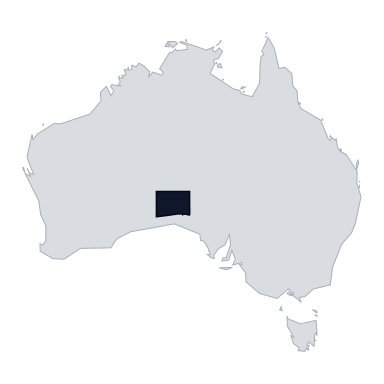 location of Maralinga Tjarutja, South Australia, Australia
{"feature_id": "25037944B7661444660063", "entity_name": "Maralinga Tjarutja", "entity_type": "district", "adm_level": 2, "iso_a3": "AUS", "parent_name": "Australia", "parent_adm1": "South Australia", "projection": "mercator", "projection_center": [132.165, -29.44], "detail": "fine", "context": "in_parent", "style": "filled", "palette": "ink", "viewbox_px": 384, "rotation_deg": 0, "n_neighbors": 0, "source": "geoboundaries", "source_scale": "gbopen_adm2", "svg_char_len": 4552}
<svg xmlns="http://www.w3.org/2000/svg" viewBox="0 0 384 384"><path d="M274.2,48.0L279.0,68.4L285.0,67.4L291.8,73.5L292.9,86.1L296.9,90.5L297.9,102.4L300.9,108.6L320.6,120.1L328.4,139.3L330.7,140.3L331.1,136.9L335.4,140.4L336.1,138.7L337.9,148.5L340.5,151.5L346.1,154.5L357.2,171.4L356.8,182.9L361.0,196.8L355.4,223.3L351.4,233.1L341.6,244.4L332.5,267.2L330.3,284.8L313.3,289.0L304.8,296.7L299.5,297.4L301.0,301.9L292.7,295.4L293.9,293.9L293.3,292.3L291.8,292.2L289.0,295.0L287.0,293.3L290.4,290.7L288.5,288.7L277.2,298.4L259.7,293.6L246.0,281.8L245.6,272.7L239.3,264.6L241.9,264.9L241.9,262.5L232.7,264.9L235.4,259.0L231.9,250.3L228.6,260.2L221.9,261.1L223.0,257.8L226.1,257.8L230.6,244.4L229.4,234.5L224.9,244.9L218.2,248.9L213.7,255.3L214.3,258.5L211.7,258.1L207.3,254.5L210.0,254.5L208.1,248.2L203.9,241.2L200.5,240.3L199.9,234.2L174.2,223.9L130.8,231.7L116.9,238.8L110.8,247.8L80.4,248.4L63.9,259.3L52.7,258.6L40.2,251.2L40.0,243.8L43.1,245.0L45.8,240.6L45.9,225.8L40.7,214.8L38.9,201.2L25.0,173.4L30.4,176.4L27.2,168.1L29.5,173.0L33.6,174.4L27.0,157.4L32.0,134.3L33.0,139.7L37.7,133.8L54.3,123.4L60.1,124.0L89.9,114.1L101.1,101.0L100.4,92.5L106.3,86.4L111.2,95.8L113.8,90.6L110.6,86.9L111.6,84.6L121.3,86.1L118.2,85.2L120.3,81.5L118.5,78.2L123.7,77.8L121.8,75.4L126.1,75.0L124.7,71.5L128.4,67.6L128.7,70.0L131.7,69.7L131.9,65.2L136.2,66.8L139.0,63.2L143.6,65.7L149.8,71.9L148.7,76.8L152.9,72.1L161.7,75.2L163.5,72.5L159.6,68.8L169.9,52.0L171.9,53.1L175.5,48.9L176.7,50.7L187.3,49.4L187.0,45.4L179.9,42.4L181.0,41.4L206.5,50.0L213.9,46.9L212.1,50.1L215.3,51.9L219.1,48.0L222.5,51.3L218.4,58.8L214.0,59.5L214.2,64.9L210.0,73.3L233.2,88.8L239.6,90.4L241.6,94.1L252.1,96.7L259.6,83.2L260.1,63.7L261.2,56.4L263.9,54.6L261.8,51.3L268.2,37.4L274.2,48.0ZM287.0,318.4L300.3,323.8L316.1,320.4L317.1,335.5L316.1,332.8L314.5,336.0L314.1,346.2L308.5,342.0L304.9,351.4L298.0,350.6L299.4,348.0L293.4,343.6L291.0,335.7L293.7,337.1L287.4,326.3L287.0,318.4ZM167.9,41.5L175.3,41.5L177.5,43.6L172.6,47.7L167.9,41.5ZM219.1,267.8L232.2,267.4L226.6,269.7L219.1,267.8ZM220.5,63.7L222.0,67.9L217.4,67.2L218.1,64.3L220.5,63.7ZM356.5,169.5L356.2,164.3L358.0,160.1L358.7,163.1L356.5,169.5ZM312.4,309.7L316.8,310.9L316.9,313.0L312.4,309.7ZM167.2,42.7L169.8,46.8L165.1,46.5L167.2,42.7ZM282.2,310.6L279.7,310.1L281.1,306.6L282.2,310.6ZM245.3,87.1L243.1,88.3L240.8,89.0L241.9,86.7L245.3,87.1ZM25.0,172.3L23.2,169.8L23.0,167.4L23.3,167.3L25.0,172.3ZM315.9,315.0L317.6,316.4L314.4,315.2L315.9,315.0ZM339.5,149.2L341.2,149.2L341.2,151.4L339.5,149.2ZM298.5,102.2L300.5,103.5L300.2,104.2L298.5,102.2ZM308.3,347.6L308.5,350.1L306.9,349.3L308.3,347.6ZM359.5,184.8L359.6,187.7L359.4,187.7L359.5,184.8ZM186.6,41.3L185.4,40.2L186.2,39.6L186.6,41.3ZM220.7,41.5L219.0,43.6L221.1,40.0L220.7,41.5ZM359.7,181.4L358.9,182.3L359.4,181.3L359.7,181.4ZM223.4,79.7L222.4,80.1L223.0,79.1L223.4,79.7ZM216.9,63.6L215.6,63.8L216.4,62.5L216.9,63.6ZM43.7,123.5L43.3,125.2L42.7,125.1L43.7,123.5ZM266.1,36.4L266.0,37.9L265.5,36.8L266.1,36.4ZM291.8,293.1L292.2,294.2L291.7,293.8L291.8,293.1ZM218.5,44.2L216.1,45.6L218.6,43.8L218.5,44.2ZM124.8,69.5L123.9,70.5L124.5,69.3L124.8,69.5ZM309.3,345.7L308.4,346.2L308.9,345.3L309.3,345.7ZM244.3,92.1L242.9,92.1L243.6,91.2L244.3,92.1ZM119.9,77.1L119.2,77.6L119.2,76.3L119.9,77.1ZM315.7,340.5L314.5,341.2L314.9,339.8L315.7,340.5ZM266.9,32.6L266.8,33.6L266.1,33.1L266.9,32.6ZM291.2,294.6L292.3,295.6L290.4,295.3L291.2,294.6ZM323.0,120.0L322.1,120.1L322.4,118.9L323.0,120.0ZM330.3,136.7L329.8,136.7L330.2,135.8L330.3,136.7ZM287.6,316.6L287.3,317.5L287.0,316.4L287.6,316.6Z" fill="#d9dde1" stroke="#a8b0b8" stroke-width="1"/><path d="M156.4,191.5L156.4,200.2L156.4,212.3L156.4,216.8L157.2,216.7L160.7,216.2L162.5,216.0L163.8,215.9L168.0,215.3L168.0,215.2L168.2,215.3L172.9,214.6L175.5,214.3L177.2,214.0L178.1,213.9L178.3,213.9L179.5,213.9L180.0,213.8L180.3,213.8L180.5,213.9L180.8,213.9L180.8,214.0L181.0,214.0L181.2,213.9L181.3,213.9L181.5,213.9L181.9,214.0L182.0,214.0L182.3,214.1L182.5,214.1L182.8,214.2L182.8,214.3L182.9,214.2L183.0,214.2L183.1,214.3L183.3,214.3L183.5,214.3L183.5,214.2L183.8,214.2L184.0,214.1L184.3,214.1L184.6,214.1L184.8,214.1L185.0,214.1L185.3,214.1L185.5,214.1L185.8,214.2L186.0,214.2L186.2,214.3L186.3,214.3L186.5,214.3L186.8,214.4L187.0,214.4L187.1,214.5L187.3,214.6L187.5,214.6L187.8,214.7L188.0,214.7L188.1,214.8L188.3,214.9L188.5,214.9L188.8,214.9L189.0,214.9L189.3,214.8L189.5,214.9L189.7,214.1L189.7,210.1L189.7,209.4L189.6,204.2L189.6,191.5L181.4,191.5L173.0,191.5L156.4,191.5Z" fill="#0f172a" stroke="#020617" stroke-width="1.5"/></svg>